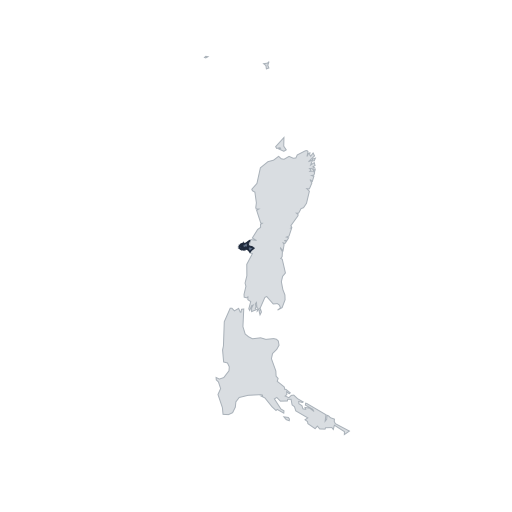 location of Christchurch City, Canterbury, New Zealand, rotated 151°
{"feature_id": "76426892B12142127553015", "entity_name": "Christchurch City", "entity_type": "district", "adm_level": 2, "iso_a3": "NZL", "parent_name": "New Zealand", "parent_adm1": "Canterbury", "projection": "equal_earth", "projection_center": [172.85, -43.646], "detail": "fine", "context": "in_parent", "style": "filled", "palette": "slate", "viewbox_px": 512, "rotation_deg": 151, "n_neighbors": 0, "source": "geoboundaries", "source_scale": "gbopen_adm2", "svg_char_len": 7719}
<svg xmlns="http://www.w3.org/2000/svg" viewBox="0 0 512 512"><g transform="rotate(151 256 256)"><path d="M266.3,215.4L268.3,215.5L277.1,208.8L280.7,207.4L281.6,207.2L279.7,209.2L280.1,210.7L278.1,215.2L279.8,214.5L280.8,211.3L282.0,210.7L281.6,208.9L286.8,209.5L285.0,212.7L282.2,214.5L283.9,214.7L287.9,211.4L287.9,213.3L282.7,218.7L284.3,221.7L282.9,224.2L284.4,223.9L286.3,225.7L285.1,228.2L279.5,234.4L278.7,237.6L273.6,243.1L268.1,253.2L258.0,259.8L259.8,261.6L256.3,264.0L259.1,263.6L261.1,267.5L265.6,268.7L265.9,272.4L263.0,273.4L260.1,271.7L255.9,272.4L257.3,270.8L255.6,269.8L252.5,272.9L248.0,269.3L250.5,273.5L241.7,278.4L238.1,278.8L236.8,281.4L234.7,281.6L235.9,282.4L233.3,295.7L230.8,295.7L233.1,297.1L232.7,298.5L229.9,302.3L226.0,312.4L227.5,314.8L227.3,316.4L220.0,319.0L209.4,331.0L199.8,332.7L194.2,331.3L187.9,332.2L186.8,328.8L184.6,327.0L178.8,327.1L176.0,323.4L173.6,322.4L170.9,324.4L161.9,324.1L160.3,323.5L159.9,322.1L163.2,318.3L160.1,320.3L158.8,320.1L160.0,318.4L159.8,316.8L156.1,318.4L156.3,315.2L164.4,313.0L161.2,312.7L161.0,311.6L164.1,309.1L159.8,309.4L160.5,306.5L162.8,306.5L161.9,304.4L166.8,306.5L166.1,304.5L167.9,303.9L164.6,302.4L164.4,300.3L166.1,298.7L168.3,299.4L166.8,297.6L170.6,293.9L171.7,296.7L171.8,292.7L176.8,288.8L178.9,290.3L177.9,286.8L186.3,277.6L191.0,275.2L193.6,275.6L198.0,272.8L199.9,273.9L199.1,271.8L199.7,270.9L210.8,265.6L210.8,263.9L212.0,263.6L211.2,263.2L217.5,257.4L220.2,257.8L218.6,256.1L221.2,254.6L223.8,255.8L222.3,254.0L224.7,252.9L225.9,254.4L226.0,252.2L229.8,247.5L230.6,251.2L231.0,250.7L230.8,247.0L233.5,242.7L235.6,241.8L234.6,240.5L238.5,226.9L242.6,225.3L246.3,221.2L248.8,213.6L249.6,207.9L251.8,203.6L258.2,198.2L263.4,198.2L259.8,198.8L259.3,201.6L260.4,204.0L264.2,205.7L266.3,215.4ZM263.8,59.5L269.5,70.0L272.5,66.8L272.9,69.2L278.5,72.1L279.5,71.1L284.1,73.8L284.8,77.5L288.0,76.3L291.9,84.2L291.2,86.2L292.5,89.0L289.2,89.3L296.3,101.3L295.4,105.5L296.6,108.3L294.8,113.7L297.8,115.3L298.9,114.0L305.0,117.2L306.4,122.2L309.2,122.1L308.4,110.1L306.6,107.0L307.9,105.1L311.8,111.5L313.4,111.2L315.1,116.4L317.0,127.5L319.4,131.0L318.1,130.4L317.8,131.3L319.0,132.4L330.5,138.0L339.3,140.4L344.3,138.2L347.4,133.8L352.4,130.3L357.0,130.6L361.6,133.5L358.9,139.7L356.4,153.3L351.2,157.2L349.9,164.1L350.8,166.9L349.8,169.1L347.7,166.1L343.1,165.3L335.3,168.7L333.1,172.0L332.8,176.3L335.7,179.0L330.8,190.0L328.1,193.1L315.6,213.9L303.9,222.8L302.4,222.0L301.5,218.5L296.6,218.6L297.0,214.5L296.4,214.1L294.5,216.4L292.4,215.6L301.7,200.5L303.3,193.0L301.7,189.0L299.2,185.3L291.6,182.2L287.8,178.3L280.6,175.2L278.5,173.3L277.7,170.9L279.1,166.8L283.1,164.3L288.8,162.7L292.3,158.7L294.4,145.8L296.7,141.1L296.0,138.2L298.2,136.1L294.8,127.8L295.5,125.3L294.5,124.9L292.4,119.7L293.7,119.4L295.0,122.4L296.2,119.9L298.4,119.4L295.9,116.1L292.7,117.0L290.4,116.0L288.8,111.0L285.5,105.5L286.5,105.4L289.2,108.1L290.1,106.0L288.4,102.8L289.1,99.6L286.9,97.8L286.6,99.8L282.8,96.9L280.7,91.9L280.7,94.4L285.1,101.7L283.9,103.2L283.1,102.4L271.8,83.3L275.6,78.0L273.3,79.0L271.1,82.3L270.0,80.9L269.3,78.5L266.5,75.3L267.8,73.4L267.9,70.9L259.2,57.6L265.3,57.0L263.8,59.5ZM180.9,334.1L184.1,338.5L182.4,338.2L182.5,339.1L185.8,340.1L185.8,342.1L174.1,346.1L178.5,338.6L178.1,334.2L180.9,334.1ZM155.0,417.8L156.1,420.5L152.4,419.1L150.4,419.7L153.2,417.1L153.6,414.2L156.2,414.6L155.0,417.8ZM308.9,98.2L309.6,101.8L306.0,99.1L305.8,97.2L306.8,95.8L308.9,98.2ZM280.1,206.0L277.8,207.3L278.4,204.4L281.0,202.6L280.1,206.0ZM160.1,311.8L159.9,313.4L156.6,312.8L159.1,310.9L160.1,311.8ZM203.9,453.6L204.8,454.6L203.1,455.0L201.4,453.6L203.9,453.6ZM163.7,301.5L164.5,304.1L162.3,302.8L163.7,301.5Z" fill="#d9dde1" stroke="#a8b0b8" stroke-width="1"/><path d="M254.1,263.8L254.1,264.0L254.4,264.1L254.8,264.1L254.6,265.1L255.2,266.1L255.4,266.0L255.5,266.1L255.7,265.9L255.8,266.1L256.2,266.4L256.4,266.8L256.5,266.7L256.7,266.9L256.7,267.0L256.8,266.9L256.9,267.0L257.0,267.2L257.1,267.5L257.3,267.4L257.5,267.4L257.8,267.6L258.0,267.5L258.0,267.8L258.0,268.1L258.0,268.5L257.9,268.9L257.7,269.0L257.7,269.3L257.5,269.5L257.3,269.7L257.4,269.8L257.5,269.8L257.6,270.0L257.7,270.3L257.4,270.4L257.2,270.4L257.1,270.5L257.1,270.8L253.6,272.7L254.6,272.5L257.5,272.1L259.3,272.0L259.6,272.1L259.8,272.0L259.7,272.1L259.8,272.2L260.0,272.2L259.9,272.3L260.0,272.5L260.4,272.7L260.5,272.7L260.4,272.7L260.5,272.7L260.6,272.8L260.8,272.8L261.0,272.8L261.0,273.0L261.2,272.9L261.3,272.8L261.3,272.7L261.4,272.8L261.2,273.2L261.4,273.1L261.6,273.1L261.4,273.4L261.8,273.4L261.9,273.1L261.9,273.4L262.0,273.4L262.1,273.5L262.3,273.5L262.5,273.4L262.7,273.5L262.7,273.4L262.8,273.4L263.1,273.6L263.5,273.5L263.4,273.2L263.1,273.1L263.0,272.8L262.8,272.8L262.9,272.7L262.8,272.2L262.7,272.1L262.8,272.0L262.7,272.0L262.7,271.9L262.7,271.7L263.0,271.6L262.9,271.3L263.0,271.4L263.0,271.2L262.9,271.1L263.0,271.1L262.8,271.0L262.9,270.7L263.0,270.5L263.0,270.9L263.1,270.4L263.4,270.4L263.3,270.5L263.6,270.6L263.5,270.9L263.7,271.0L263.8,271.1L263.4,271.1L263.4,271.3L263.5,271.4L263.8,271.4L263.7,271.6L263.4,271.8L263.4,272.0L263.3,272.3L263.3,272.6L263.5,272.9L263.7,273.0L263.8,273.0L263.8,273.3L264.0,273.4L264.2,273.0L264.3,273.2L264.3,273.3L264.6,273.2L264.4,273.0L264.4,272.9L264.7,273.1L265.0,273.0L264.9,272.9L265.1,272.7L265.3,272.6L265.2,272.5L265.4,272.5L265.4,272.4L265.3,272.2L265.5,272.3L265.6,272.6L265.7,272.4L265.8,272.3L265.7,272.2L265.8,272.1L266.1,272.1L265.9,271.9L266.0,271.9L266.0,271.7L265.9,271.6L266.2,271.4L266.2,271.1L266.2,270.9L266.5,270.9L266.4,270.8L266.4,270.7L266.5,270.6L266.5,270.3L266.5,270.2L266.4,270.0L266.1,270.1L265.9,270.1L266.0,270.0L265.9,269.9L266.3,269.8L266.2,269.6L266.2,269.4L266.1,269.2L265.8,269.0L265.8,268.8L265.7,269.0L265.4,269.1L265.4,268.9L265.4,268.7L265.6,268.7L265.4,268.6L265.2,268.6L265.2,268.4L265.0,268.5L264.9,268.4L265.0,268.2L264.8,268.2L264.7,268.2L264.4,268.6L264.2,268.7L264.3,268.5L264.5,268.2L264.4,268.2L264.3,268.3L264.2,268.3L264.3,268.0L264.1,267.9L264.0,267.7L263.7,268.1L263.7,267.9L263.4,267.9L263.4,267.7L263.2,267.5L263.1,267.8L262.9,268.0L262.9,268.3L262.6,268.7L262.7,268.9L262.6,269.0L262.5,268.9L262.5,268.7L262.4,268.7L262.6,268.4L262.6,268.2L262.8,267.5L262.7,267.7L262.7,267.4L262.6,267.5L262.5,267.3L262.3,267.6L262.3,267.4L262.2,267.5L262.3,267.2L262.2,267.2L262.1,267.3L262.1,267.2L261.9,267.1L262.0,267.1L261.8,267.1L261.7,267.4L261.7,267.6L261.6,267.8L261.6,268.0L261.4,268.2L261.3,268.4L261.2,268.4L261.3,268.2L261.4,267.8L261.4,267.7L261.4,267.4L261.5,267.2L261.4,267.1L261.3,267.3L261.2,267.4L260.8,267.3L260.7,267.5L260.5,267.4L260.4,267.4L260.3,267.5L260.2,267.5L260.2,267.8L260.0,267.5L259.9,267.5L259.6,267.5L259.5,267.8L259.4,267.8L259.5,267.8L259.5,268.0L259.4,268.1L259.2,268.2L259.1,268.3L259.1,268.2L259.1,267.9L259.0,268.0L258.8,268.3L258.8,268.5L258.7,268.3L258.6,268.5L258.7,268.3L258.6,268.2L258.5,268.3L258.6,268.2L258.7,267.9L258.7,267.7L258.6,267.8L258.4,267.9L258.5,267.7L258.4,267.5L258.5,267.5L258.9,267.2L259.0,267.2L259.3,267.2L259.4,267.3L259.5,267.2L259.4,267.2L259.5,267.1L259.8,267.2L260.1,267.0L260.4,266.9L260.6,267.0L260.7,266.9L260.8,266.9L261.0,266.9L261.1,266.7L260.9,266.6L260.7,266.7L260.5,266.3L260.4,266.4L260.1,266.2L260.0,266.3L259.9,266.0L259.7,266.0L259.8,266.1L259.7,266.1L259.4,266.1L259.4,265.9L259.5,265.9L259.6,265.7L259.6,265.4L259.8,265.4L259.8,265.5L260.0,265.7L260.1,266.0L259.6,264.4L259.5,263.4L259.4,262.4L259.4,263.1L259.3,262.8L259.3,262.7L259.3,262.4L259.0,262.4L258.5,262.9L257.7,263.2L257.5,263.3L257.2,263.4L256.7,263.4L256.3,263.5L254.7,263.7L254.1,263.8ZM259.1,267.6L259.3,267.7L259.1,267.6ZM261.4,268.2L261.5,268.1L261.4,268.2Z" fill="#64748b" stroke="#1e293b" stroke-width="1.5"/></g></svg>